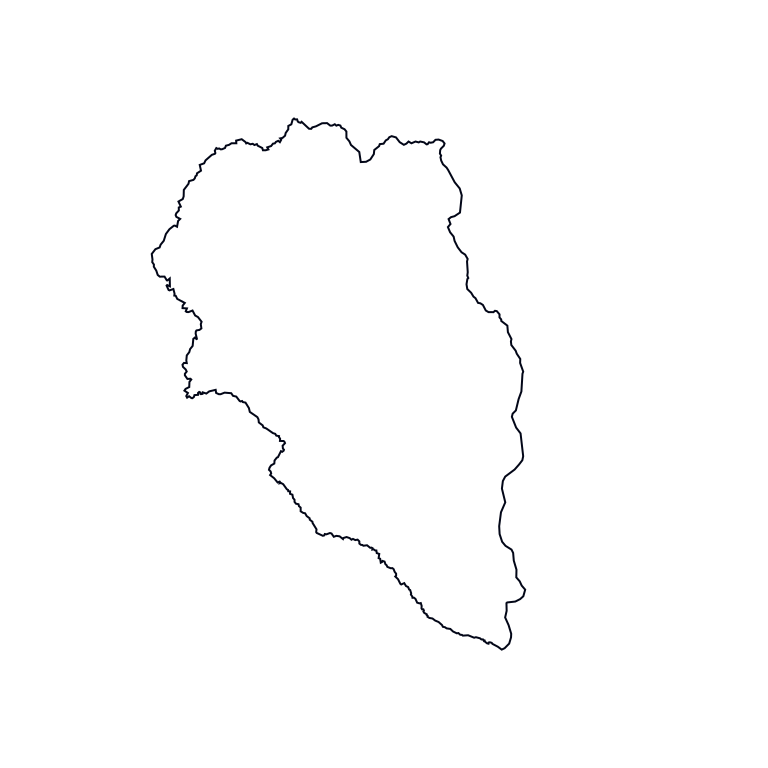 Espindola, Loja, Ecuador (Albers equal-area conic projection), rotated 329°
{"feature_id": "8360857B90110286076801", "entity_name": "Espindola", "entity_type": "district", "adm_level": 2, "iso_a3": "ECU", "parent_name": "Ecuador", "parent_adm1": "Loja", "projection": "albers", "projection_center": [-79.445, -4.57], "detail": "fine", "context": "isolated", "style": "outline", "palette": "ink", "viewbox_px": 768, "rotation_deg": 329, "n_neighbors": 0, "source": "geoboundaries", "source_scale": "gbopen_adm2", "svg_char_len": 6152}
<svg xmlns="http://www.w3.org/2000/svg" viewBox="0 0 768 768"><g transform="rotate(329 384 384)"><path d="M208.2,294.3L210.6,294.1L211.7,296.9L212.5,297.5L214.4,297.2L215.8,295.9L219.0,297.5L220.0,295.9L221.5,295.6L222.3,296.8L221.5,297.8L221.8,298.4L223.4,299.0L224.4,297.9L226.8,300.7L230.4,300.3L236.7,302.3L235.5,305.2L237.2,307.7L238.7,308.6L242.9,309.3L248.3,313.2L248.5,316.4L250.9,318.7L251.5,324.2L252.1,325.1L253.6,325.5L253.7,326.8L255.7,328.6L255.8,335.1L254.6,338.8L258.4,347.2L258.2,349.7L256.9,352.5L258.7,357.0L258.3,359.0L260.2,361.5L263.5,368.9L265.1,370.7L265.1,372.8L267.2,374.6L266.6,375.5L266.8,377.3L265.5,379.2L268.6,381.2L268.9,382.2L268.7,383.7L265.3,384.7L264.1,387.3L264.4,388.8L263.6,389.5L261.8,389.7L261.1,388.5L255.4,392.1L254.2,391.9L250.8,393.2L249.0,395.7L245.3,395.6L242.8,396.8L241.2,398.3L241.8,400.6L241.2,402.6L239.5,403.4L241.3,408.2L242.1,413.6L244.3,413.9L244.4,414.8L243.5,415.4L244.8,415.9L246.0,418.0L246.5,424.2L247.2,425.4L246.7,426.6L248.2,427.7L246.9,429.7L248.5,431.7L247.3,434.9L247.7,437.1L246.6,439.0L246.9,441.3L248.8,443.0L248.2,444.9L248.9,447.0L247.0,450.2L248.3,452.8L249.8,454.2L249.7,457.4L251.1,460.8L250.5,462.1L251.7,465.2L251.2,466.4L251.3,473.8L249.6,476.0L249.6,477.0L253.4,482.6L254.8,483.0L256.0,482.1L257.2,483.2L260.9,483.9L262.0,485.1L262.3,489.1L264.9,489.6L267.5,491.7L269.0,495.8L269.9,495.1L273.1,495.9L275.2,498.4L275.9,500.7L277.6,500.8L279.0,503.0L281.2,503.8L281.8,506.2L280.7,508.1L281.4,510.0L282.6,510.9L283.0,512.0L286.4,513.5L287.8,517.3L289.0,517.8L289.6,518.8L288.7,519.9L289.9,520.3L290.8,522.3L291.7,522.8L290.7,525.2L292.4,527.2L289.7,530.5L290.7,531.8L289.2,535.5L290.6,535.6L291.6,534.9L293.0,536.5L292.4,539.3L292.9,540.6L292.7,542.5L294.8,545.3L296.4,546.2L296.9,547.7L296.4,550.5L296.7,552.8L295.7,554.5L294.5,554.8L295.5,558.5L295.1,563.7L295.5,564.7L298.8,565.1L298.8,568.5L300.1,570.5L299.7,573.1L300.3,574.1L299.5,577.4L298.6,578.3L298.8,580.8L298.3,581.9L299.6,582.6L300.3,584.4L299.8,588.5L301.4,590.3L302.7,590.7L302.0,593.6L300.6,595.6L300.6,596.8L301.7,597.4L301.5,598.8L300.6,599.3L300.6,600.9L302.0,603.4L301.6,603.9L302.0,605.2L301.4,605.9L302.4,607.9L304.8,610.0L306.0,613.1L308.2,616.1L309.6,620.6L309.4,622.4L311.0,623.9L311.8,625.7L314.7,628.1L315.7,631.7L318.0,635.2L319.5,635.8L320.2,638.2L321.6,639.2L322.0,640.3L326.7,642.7L330.6,647.9L332.4,648.4L335.3,651.4L335.9,653.1L337.3,653.9L337.3,655.7L338.1,655.7L337.9,657.1L338.8,659.4L339.8,660.4L340.6,659.5L341.7,659.9L343.0,661.3L343.1,662.6L346.3,667.9L348.1,672.3L351.3,672.6L357.6,671.0L362.4,666.6L364.4,663.6L366.6,654.9L367.6,646.5L372.3,641.6L376.1,634.9L377.1,634.7L384.5,638.1L389.9,638.5L394.1,637.7L399.1,633.0L398.2,627.7L398.7,623.0L397.8,617.9L401.9,611.4L404.3,602.2L407.7,595.3L408.0,591.6L404.8,585.3L404.0,580.1L405.8,572.2L409.5,565.2L418.2,554.2L427.0,547.9L431.2,534.4L435.9,528.4L440.2,525.8L451.9,524.6L458.2,522.6L463.3,520.6L466.1,517.6L475.6,496.7L474.8,489.4L476.7,478.0L479.0,475.7L483.4,474.6L491.6,466.3L497.9,461.2L508.0,446.5L509.7,445.1L511.5,436.1L513.7,432.7L513.4,426.4L514.0,423.3L513.2,416.2L514.7,412.9L516.4,411.1L516.9,403.4L519.8,397.5L517.0,390.4L517.7,389.0L517.3,386.4L518.9,383.8L518.2,379.6L516.8,378.4L514.8,378.8L510.6,376.2L509.1,373.4L509.5,367.2L508.2,364.5L506.4,362.9L506.6,357.5L505.7,355.2L505.7,350.7L504.3,345.5L506.1,341.0L509.5,337.0L510.8,336.6L511.2,334.0L513.3,331.4L518.3,321.7L520.1,319.9L520.2,314.9L518.3,311.0L517.6,304.8L518.2,297.7L519.6,293.5L518.8,288.0L519.6,282.4L523.4,281.1L524.3,275.9L527.4,275.5L530.9,276.5L537.4,276.2L547.8,262.4L549.6,255.4L548.5,247.5L549.2,233.6L549.1,230.8L547.7,226.1L548.1,221.9L549.2,218.7L550.6,217.7L550.6,215.3L552.6,212.5L554.0,211.6L558.0,210.6L559.8,209.0L559.4,205.9L556.7,202.6L553.9,201.2L550.6,202.1L548.2,201.2L547.1,200.0L544.9,200.9L543.9,200.5L542.8,197.5L539.9,194.8L538.2,194.8L535.9,192.4L531.5,191.8L529.9,188.8L527.0,189.5L524.2,189.2L522.0,184.8L521.3,178.8L518.2,175.5L515.6,175.2L513.4,176.2L511.0,176.1L507.4,177.8L503.9,176.2L502.3,177.6L496.2,178.4L493.7,181.7L487.9,184.5L483.1,184.3L478.4,181.8L482.3,172.4L478.8,162.1L479.3,158.2L478.6,153.6L481.8,148.2L481.4,145.3L479.4,142.3L479.7,140.0L478.2,138.3L476.2,138.0L475.6,136.0L472.7,135.8L471.0,134.8L469.6,131.1L465.2,128.6L458.4,128.1L454.7,127.1L453.1,127.8L451.2,126.6L448.4,116.8L447.1,117.2L445.7,115.7L445.3,114.6L445.8,112.4L444.1,111.5L443.6,110.1L441.8,110.4L438.3,113.7L434.9,113.5L433.1,116.4L429.0,118.2L427.1,120.2L423.7,120.8L421.5,120.0L421.7,121.7L419.3,123.1L418.6,121.1L416.1,120.8L414.4,121.5L412.6,120.8L409.8,121.9L405.8,121.0L405.7,123.4L402.9,122.7L400.6,121.3L401.2,119.0L398.5,114.7L398.6,112.9L396.0,112.4L395.2,110.5L392.9,109.7L391.1,106.9L389.8,106.8L389.9,105.3L388.1,100.9L382.6,99.2L381.4,101.6L377.2,99.1L374.3,99.2L371.2,98.3L369.3,99.8L366.2,99.4L364.9,98.8L364.0,97.2L362.6,96.8L361.8,95.4L359.1,96.9L358.4,99.2L357.6,99.6L354.5,98.9L346.2,100.4L343.5,102.2L338.9,101.3L337.0,106.9L332.2,107.1L330.9,108.7L329.4,108.8L327.7,110.3L325.8,110.9L321.4,109.7L319.5,111.7L312.4,114.5L308.9,120.0L306.8,121.8L301.8,121.7L301.2,127.3L299.0,127.0L297.5,129.6L293.8,130.7L292.4,131.9L292.1,133.8L294.3,137.5L291.5,138.2L287.6,142.6L286.3,140.5L285.3,140.1L279.8,140.8L274.3,143.1L269.0,147.8L264.3,149.5L262.0,151.4L257.5,150.7L251.9,152.9L249.7,158.0L248.1,160.2L248.3,163.1L247.1,164.9L247.2,169.5L246.2,174.0L247.1,176.5L251.2,178.9L251.2,183.3L251.7,183.7L254.7,183.2L250.8,190.0L249.1,187.5L248.3,187.7L247.8,192.5L248.4,193.3L252.4,194.1L251.0,198.7L249.8,200.2L250.9,201.1L250.6,204.6L255.0,211.9L251.8,213.1L250.4,215.2L254.0,217.7L251.5,219.6L252.0,220.7L253.5,221.7L257.7,222.4L257.4,228.0L259.0,230.8L259.7,236.7L257.8,238.3L256.1,242.3L253.7,242.6L250.9,241.5L249.8,242.0L248.5,243.8L246.9,248.9L246.4,248.9L245.8,246.8L243.8,247.1L239.6,252.8L235.8,254.2L233.5,256.4L229.7,257.9L226.6,262.1L225.7,264.5L223.4,262.9L221.2,263.7L220.5,265.8L221.5,269.4L221.3,271.7L218.6,272.7L217.8,274.0L218.1,278.4L220.8,279.8L221.1,280.9L218.3,282.0L215.5,286.3L211.4,286.0L209.5,286.9L211.3,290.7L208.3,292.5L208.2,294.3Z" fill="none" stroke="#020617" stroke-width="2"/></g></svg>